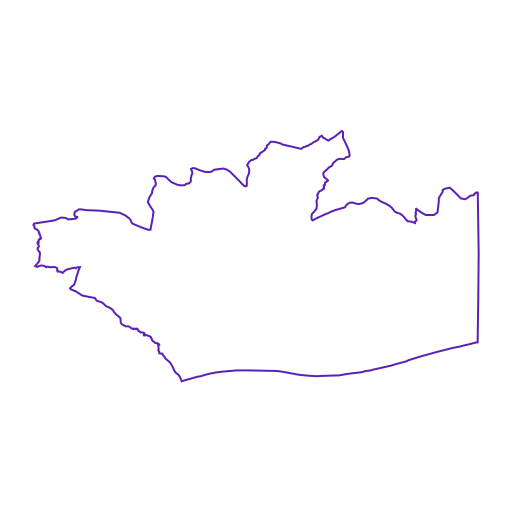 Kalemie, Katanga, Democratic Republic of the Congo (Equal Earth projection), rotated 91°
{"feature_id": "63176286B6958016734749", "entity_name": "Kalemie", "entity_type": "district", "adm_level": 2, "iso_a3": "COD", "parent_name": "Democratic Republic of the Congo", "parent_adm1": "Katanga", "projection": "equal_earth", "projection_center": [28.753, -6.07], "detail": "fine", "context": "isolated", "style": "outline", "palette": "violet", "viewbox_px": 512, "rotation_deg": 91, "n_neighbors": 0, "source": "geoboundaries", "source_scale": "gbopen_adm2", "svg_char_len": 6025}
<svg xmlns="http://www.w3.org/2000/svg" viewBox="0 0 512 512"><g transform="rotate(91 256 256)"><path d="M298.3,33.0L249.5,33.4L187.9,35.4L188.6,35.7L188.7,37.0L189.2,37.3L190.0,38.8L190.9,38.8L191.5,39.7L191.9,42.7L192.5,43.7L193.7,44.8L195.6,47.8L194.9,52.1L193.3,53.7L188.3,58.9L185.8,61.6L184.3,63.6L185.6,68.8L187.0,70.6L188.5,70.5L191.1,72.0L194.8,74.2L198.6,74.2L209.3,75.3L211.9,78.9L212.0,81.5L212.0,87.0L211.4,88.3L209.8,91.2L207.3,94.8L205.6,97.2L206.3,96.8L208.1,96.6L209.8,97.2L211.2,96.7L212.6,97.3L214.6,97.2L216.8,96.1L217.8,96.1L218.9,97.9L220.2,97.7L219.7,99.2L219.0,101.3L218.5,105.3L217.8,105.7L217.1,106.4L216.8,106.8L214.4,108.7L212.8,110.5L211.1,112.7L210.5,115.4L209.2,118.0L205.0,121.4L203.7,123.1L201.4,127.2L199.8,131.2L197.9,134.4L196.5,135.7L195.8,141.3L196.8,145.1L199.3,147.6L201.0,149.6L201.6,151.4L202.3,154.2L201.7,157.9L200.9,160.2L201.1,163.2L202.5,165.5L204.1,167.1L205.3,167.5L206.0,168.6L207.5,173.6L208.7,177.6L209.8,180.3L210.8,182.6L212.1,185.0L212.7,186.8L215.3,192.1L217.1,195.9L218.6,198.6L219.2,199.5L219.4,200.0L218.5,200.9L216.9,201.2L214.9,201.2L212.9,200.7L211.1,199.0L207.8,196.4L204.3,196.0L201.9,196.2L200.0,196.5L196.2,195.1L195.0,195.8L193.5,195.8L192.5,194.9L191.4,194.8L190.1,193.5L189.2,191.4L188.6,191.2L187.9,189.6L187.2,189.7L186.8,189.1L185.9,189.4L185.6,189.1L184.2,189.6L183.7,188.4L183.6,188.2L181.5,188.3L181.2,188.1L180.7,187.0L180.1,186.4L180.1,186.2L179.2,185.3L178.3,186.3L175.8,189.3L175.0,189.6L172.8,190.2L171.4,190.0L168.4,186.7L165.9,184.3L164.8,182.2L164.1,181.4L161.9,180.6L158.3,176.7L157.7,175.4L157.4,173.6L157.5,169.6L157.3,169.4L155.7,167.6L155.0,164.7L154.1,164.1L149.3,164.9L146.8,165.9L140.5,169.0L136.3,171.1L130.6,171.1L129.5,172.4L135.7,179.9L138.0,183.8L139.4,185.7L136.2,191.3L134.6,192.3L134.9,192.8L135.9,194.6L138.7,195.8L140.7,199.2L141.0,199.9L141.3,200.6L142.2,201.7L142.9,202.5L143.7,204.4L144.8,205.8L145.2,207.5L145.7,208.2L146.2,209.9L146.3,210.3L148.1,212.7L146.5,219.9L144.1,231.4L143.3,232.6L141.9,237.7L141.4,242.0L141.9,243.9L144.2,245.4L145.0,246.7L146.0,247.2L147.1,247.0L147.9,247.5L148.9,248.9L150.0,249.0L152.1,252.0L152.8,253.4L153.7,254.1L154.8,254.2L156.4,256.2L157.6,256.6L158.3,257.6L159.0,259.4L159.0,259.5L160.0,260.6L160.0,261.4L160.1,262.2L161.7,264.3L165.1,266.4L168.7,264.5L170.7,264.3L173.5,264.4L175.9,265.5L178.4,266.4L180.1,266.6L182.9,266.4L186.0,266.5L186.6,267.7L185.7,269.6L183.1,272.2L172.4,283.1L170.2,286.5L169.5,288.9L169.1,290.2L170.4,298.9L172.5,302.2L172.9,304.0L172.8,308.2L171.6,312.7L170.3,316.2L169.3,318.7L169.2,320.7L170.1,322.5L173.0,321.3L174.8,321.1L176.4,322.0L178.1,322.1L179.1,322.6L181.7,322.4L183.2,322.8L184.8,324.8L184.7,325.6L185.3,327.4L186.4,328.3L186.7,332.4L186.1,336.0L183.7,341.7L181.2,344.6L178.9,346.9L178.0,348.8L177.7,354.2L177.8,356.6L178.5,358.5L180.4,359.5L181.2,358.5L184.5,357.6L185.9,357.4L187.6,357.9L189.0,359.5L192.2,360.8L195.1,361.1L198.9,363.5L201.8,364.4L204.1,365.1L208.7,362.3L211.7,360.1L213.7,359.2L216.9,359.7L220.0,360.0L231.6,362.0L231.6,364.3L229.9,369.6L228.2,374.0L227.0,377.1L225.5,380.5L222.5,381.9L220.6,383.4L217.5,387.7L216.4,390.5L215.2,392.8L214.8,396.9L214.3,403.1L213.4,413.7L213.1,427.1L212.5,430.7L212.4,433.8L215.1,437.9L216.7,438.3L218.2,438.3L219.8,437.3L220.1,435.4L220.4,435.4L221.9,437.1L222.7,444.3L221.3,447.1L221.1,449.2L221.0,451.6L221.5,452.9L222.9,455.8L223.6,457.2L224.1,459.3L225.0,464.2L226.9,475.2L227.5,478.5L229.0,479.1L230.3,478.0L232.0,477.9L232.6,477.3L233.4,475.2L233.9,475.0L234.9,473.8L236.4,473.6L237.1,472.8L238.1,473.0L239.3,472.0L241.1,471.8L241.8,471.1L242.5,471.4L242.8,472.7L243.3,472.7L243.8,473.6L244.7,473.6L245.5,474.2L246.2,473.5L246.7,473.6L247.1,474.7L247.8,474.3L248.1,473.9L249.0,473.7L249.4,473.3L250.8,473.5L251.8,474.4L252.9,474.5L255.1,473.3L256.0,472.2L258.5,472.1L261.5,472.5L264.7,472.5L268.7,475.5L269.9,476.7L270.6,475.4L270.6,474.5L270.5,474.1L269.4,471.6L269.3,470.5L269.4,468.1L270.9,465.4L270.3,464.9L270.3,464.0L270.8,462.0L270.6,457.5L270.9,455.9L271.6,454.9L272.3,454.4L273.5,454.6L273.9,454.2L274.3,454.4L275.0,454.1L274.9,453.4L275.2,451.1L276.3,449.1L274.6,447.5L273.1,445.5L272.4,443.6L270.9,437.6L271.0,436.8L271.4,435.9L270.5,434.9L270.2,431.9L273.7,433.3L276.2,434.0L279.7,435.1L283.0,435.7L288.1,437.5L289.7,439.7L291.6,441.4L292.5,440.7L294.6,435.4L298.6,429.0L300.8,416.5L303.6,414.3L304.9,409.6L306.0,408.1L308.8,405.0L310.1,401.8L311.4,399.6L312.5,398.2L314.7,396.9L315.0,396.6L315.6,395.9L316.6,395.2L319.7,391.2L320.5,390.5L325.1,390.0L326.5,389.0L328.6,385.2L328.5,382.6L328.9,381.4L330.6,379.1L330.7,378.3L331.3,377.5L330.6,376.6L331.3,375.1L331.2,374.6L330.7,374.3L330.8,373.5L331.4,373.4L331.6,372.7L332.8,372.4L333.2,372.1L333.3,371.2L334.5,370.1L334.3,368.7L334.8,366.7L335.2,366.2L335.7,366.0L336.3,366.8L337.2,366.8L337.4,366.5L337.2,364.7L337.1,363.7L338.5,360.1L339.4,359.4L340.3,359.3L340.8,358.7L341.7,358.6L343.0,357.6L343.7,356.2L344.7,355.3L345.0,352.8L345.4,352.9L346.0,351.3L346.5,351.1L346.8,351.4L347.3,352.2L348.1,352.0L350.8,351.7L351.0,351.8L352.1,352.0L353.2,351.4L353.2,351.2L353.3,351.2L354.1,351.1L354.5,351.1L354.8,351.0L355.0,350.9L355.0,350.6L355.1,350.4L355.1,350.1L355.2,349.8L355.1,349.6L355.1,349.4L355.2,349.2L355.3,349.0L355.2,348.9L355.2,348.7L355.2,348.4L355.2,348.2L355.3,347.9L355.5,347.9L355.7,348.1L358.2,345.9L360.1,344.8L362.6,341.7L364.5,339.7L368.8,337.1L370.9,336.3L374.0,334.3L376.4,331.2L378.9,329.7L382.5,328.1L381.7,325.6L377.7,312.3L377.2,309.2L375.8,305.2L374.4,299.9L373.2,294.3L372.2,287.6L370.8,273.9L370.7,272.2L370.5,262.8L370.6,233.6L371.0,229.2L372.3,221.0L374.0,211.1L374.8,201.2L375.1,194.7L375.1,192.6L374.8,189.1L373.9,170.8L373.4,168.3L372.1,161.3L370.3,148.1L369.0,143.9L368.9,142.6L368.4,139.5L367.9,138.0L367.5,136.7L366.2,131.1L363.1,118.5L362.7,117.4L361.9,115.1L358.6,103.5L357.7,102.1L354.7,93.2L353.1,88.2L348.9,73.9L347.4,68.4L344.4,57.3L343.0,50.6L341.6,45.7L341.1,43.4L338.7,34.8L338.5,32.9L299.6,33.0L299.0,33.0L298.3,33.0Z" fill="none" stroke="#5b21b6" stroke-width="2"/></g></svg>